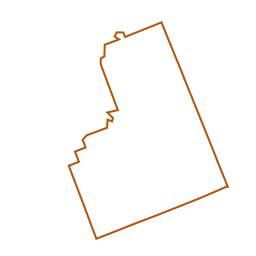 outline of Carroll, Arkansas, United States of America, rotated 68°
{"feature_id": "52423323B66141902431391", "entity_name": "Carroll", "entity_type": "district", "adm_level": 2, "iso_a3": "USA", "parent_name": "United States of America", "parent_adm1": "Arkansas", "projection": "robinson", "projection_center": [-93.593, 36.31], "detail": "fine", "context": "isolated", "style": "outline", "palette": "amber", "viewbox_px": 256, "rotation_deg": 68, "n_neighbors": 0, "source": "geoboundaries", "source_scale": "gbopen_adm2", "svg_char_len": 682}
<svg xmlns="http://www.w3.org/2000/svg" viewBox="0 0 256 256"><g transform="rotate(68 128 128)"><path d="M130.4,57.3L100.9,57.3L94.4,57.2L91.3,57.2L88.6,57.2L85.9,57.3L85.7,57.3L42.6,57.4L42.5,96.5L37.7,96.6L35.1,102.7L38.2,106.1L42.5,103.1L42.1,118.4L52.7,123.0L53.3,127.1L58.4,129.4L107.6,130.7L105.9,141.3L113.1,138.2L115.9,140.3L112.6,143.8L119.9,147.3L119.3,168.9L121.9,174.4L130.2,174.7L130.1,182.0L130.1,186.0L140.9,186.2L140.8,197.0L163.1,197.5L174.0,197.7L218.8,198.8L219.1,177.4L219.2,157.2L219.7,133.2L220.0,87.9L219.3,58.1L220.9,57.5L214.1,57.5L189.4,57.5L189.0,57.4L179.4,57.4L154.3,57.3L152.1,57.3L130.4,57.3Z" fill="none" stroke="#b45309" stroke-width="2"/></g></svg>